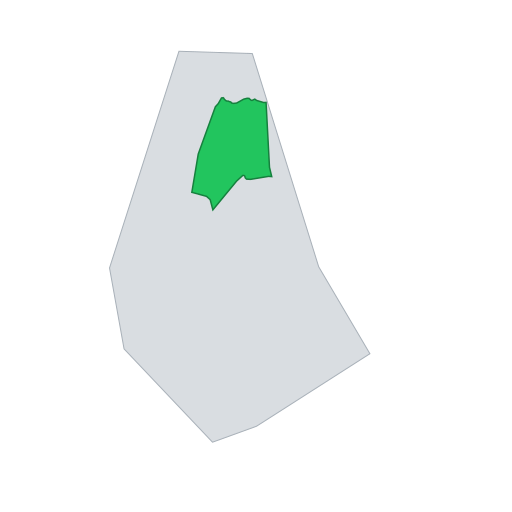 location of Saint Andrew within Barbados, rotated 19°
{"feature_id": "BRB-1990", "entity_name": "Saint Andrew", "entity_type": "Parish", "adm_level": 1, "iso_a3": "BRB", "parent_name": "Barbados", "parent_adm1": "", "projection": "natural_earth1", "projection_center": [-59.584, 13.25], "detail": "fine", "context": "in_parent", "style": "filled", "palette": "green", "viewbox_px": 512, "rotation_deg": 19, "n_neighbors": 0, "source": "natural_earth", "source_scale": "10m", "svg_char_len": 1034}
<svg xmlns="http://www.w3.org/2000/svg" viewBox="0 0 512 512"><g transform="rotate(19 256 256)"><path d="M311.9,416.8L275.5,446.2L161.5,386.8L121.4,315.0L116.5,87.5L186.6,65.8L318.8,245.8L395.5,311.3L311.9,416.8Z" fill="#d9dde1" stroke="#a8b0b8" stroke-width="1"/><path d="M215.5,107.5L239.9,167.8L245.0,175.8L242.0,176.6L225.9,185.3L222.0,186.4L220.4,185.6L220.1,185.2L219.6,184.4L219.3,184.1L219.0,183.9L218.5,183.8L218.0,183.9L217.3,184.1L213.3,191.4L200.2,226.4L194.3,217.6L189.8,215.7L174.6,216.7L168.2,178.4L169.0,128.1L170.7,124.2L171.9,117.8L172.6,117.5L173.1,117.2L173.4,117.0L173.8,117.2L174.2,117.3L174.6,117.8L175.3,118.2L176.2,118.6L177.3,119.0L177.9,119.0L178.6,118.8L179.1,118.6L179.7,118.6L180.7,118.7L181.0,118.7L181.5,118.6L181.8,118.6L182.3,118.7L183.0,119.3L184.9,119.1L187.9,117.7L193.3,111.7L196.2,109.8L198.1,109.2L198.7,109.6L199.4,109.8L199.8,109.9L200.3,110.2L200.9,110.3L201.6,110.2L203.7,108.1L204.0,108.1L205.9,108.7L213.3,108.4L215.5,107.5Z" fill="#22c55e" stroke="#15803d" stroke-width="1.5"/></g></svg>